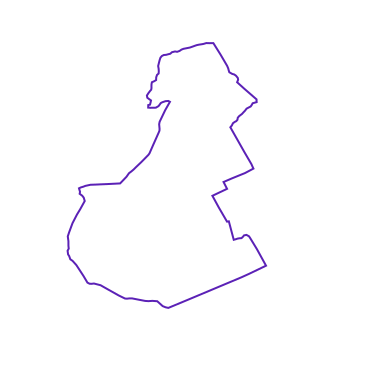 Westlands, Nairobi, Kenya, rotated 125°
{"feature_id": "3690345B99886458952319", "entity_name": "Westlands", "entity_type": "district", "adm_level": 2, "iso_a3": "KEN", "parent_name": "Kenya", "parent_adm1": "Nairobi", "projection": "robinson", "projection_center": [36.774, -1.232], "detail": "fine", "context": "isolated", "style": "outline", "palette": "violet", "viewbox_px": 384, "rotation_deg": 125, "n_neighbors": 0, "source": "geoboundaries", "source_scale": "gbopen_adm2", "svg_char_len": 2315}
<svg xmlns="http://www.w3.org/2000/svg" viewBox="0 0 384 384"><g transform="rotate(125 192 192)"><path d="M89.0,288.6L91.2,289.1L92.8,290.5L94.4,291.8L96.0,293.7L97.9,294.7L100.0,294.9L102.1,294.3L104.3,293.5L106.1,292.8L108.2,292.0L110.2,290.0L112.1,288.5L114.1,287.3L116.1,287.8L118.6,287.1L120.9,285.6L123.1,286.6L125.1,287.8L126.9,287.0L128.6,285.9L130.1,284.8L131.6,284.1L133.5,284.3L135.9,284.4L138.8,284.3L140.4,282.7L140.5,280.2L140.5,278.1L142.4,277.3L144.5,276.5L145.9,277.7L148.0,276.3L146.9,274.4L145.4,272.4L143.7,270.0L140.9,268.7L139.1,268.6L137.1,268.6L135.5,267.8L132.8,265.8L131.0,263.6L130.8,261.8L140.3,260.9L153.0,258.8L155.3,257.8L159.0,254.7L160.5,253.8L162.8,253.3L176.7,250.6L184.7,249.0L186.5,249.0L196.7,250.7L203.6,252.1L207.0,252.7L210.0,253.5L212.8,254.4L217.1,254.4L226.2,255.8L234.3,266.2L238.8,272.1L240.6,274.4L244.3,279.3L248.2,282.9L249.9,284.0L251.9,285.6L253.8,286.7L256.1,283.8L257.9,283.0L258.0,279.8L258.7,277.5L260.9,274.7L264.7,274.3L270.3,273.7L276.4,273.3L286.1,272.0L295.6,269.5L299.6,268.3L303.2,265.0L306.9,262.4L309.1,260.5L311.5,260.2L314.2,257.7L314.9,255.9L316.9,253.1L316.9,250.4L318.2,244.8L323.0,232.8L326.2,225.7L325.9,223.3L324.8,221.6L323.2,219.8L320.8,213.4L320.6,211.1L320.0,204.9L318.8,192.8L317.7,185.8L316.7,184.1L315.0,182.2L313.5,180.0L311.1,174.6L308.1,167.9L306.4,165.1L303.9,162.0L301.4,157.8L302.3,150.6L301.6,147.5L300.5,144.9L282.4,133.4L233.4,102.5L226.3,98.3L209.9,89.1L201.6,106.0L196.3,118.1L195.6,119.9L195.9,122.8L197.7,124.5L199.5,124.6L201.4,125.0L202.8,126.7L204.0,127.9L205.5,129.0L207.2,130.4L194.9,145.0L196.2,146.3L189.3,161.2L183.4,173.1L169.3,165.1L165.7,171.9L158.1,167.2L149.1,161.4L146.2,159.5L137.6,155.1L136.2,157.5L135.1,159.3L129.2,172.1L117.0,197.7L114.7,197.5L112.2,197.9L110.1,197.2L108.6,196.4L106.8,196.2L104.9,197.1L102.8,196.9L99.3,195.8L97.6,195.6L95.0,195.2L92.4,195.1L90.2,194.0L88.3,193.0L86.4,193.0L84.5,193.2L81.3,190.6L79.1,192.3L77.4,208.5L76.2,218.0L73.6,218.6L72.3,219.9L71.5,222.7L71.5,224.8L72.2,226.8L72.5,230.1L71.3,231.7L70.0,233.2L68.5,235.6L63.0,247.6L57.8,259.9L60.1,263.1L61.8,265.7L64.2,267.6L65.7,269.1L67.2,270.7L68.9,272.3L70.4,273.4L72.4,274.8L74.9,276.6L77.1,278.7L79.6,281.1L81.4,282.3L83.6,283.1L85.7,284.6L86.6,286.5L89.0,288.6Z" fill="none" stroke="#5b21b6" stroke-width="2"/></g></svg>